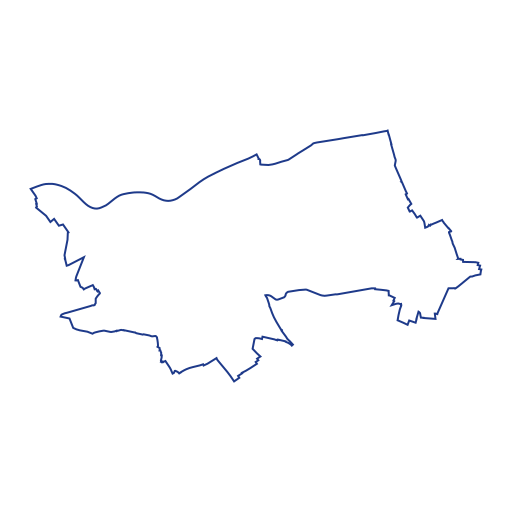 the district of 's-Hertogenbosch, Noord-Brabant, Netherlands
{"feature_id": "6326949B79471926410122", "entity_name": "'s-Hertogenbosch", "entity_type": "district", "adm_level": 2, "iso_a3": "NLD", "parent_name": "Netherlands", "parent_adm1": "Noord-Brabant", "projection": "orthographic", "projection_center": [5.356, 51.715], "detail": "fine", "context": "isolated", "style": "outline", "palette": "blue", "viewbox_px": 512, "rotation_deg": 0, "n_neighbors": 0, "source": "geoboundaries", "source_scale": "gbopen_adm2", "svg_char_len": 5884}
<svg xmlns="http://www.w3.org/2000/svg" viewBox="0 0 512 512"><path d="M30.7,188.9L35.5,195.7L36.7,198.3L35.3,199.1L36.8,203.8L36.2,204.0L36.9,206.5L36.4,207.0L36.1,207.6L46.1,215.8L50.4,222.0L54.1,218.9L58.9,225.7L63.0,224.5L68.3,232.1L68.4,232.3L67.9,232.4L67.8,233.2L67.5,239.8L64.5,255.2L65.2,259.0L64.9,259.1L65.4,260.4L66.7,265.7L68.6,265.1L83.9,257.2L76.4,276.2L76.0,277.5L75.5,280.4L76.3,280.5L77.9,280.1L80.5,286.8L82.1,287.5L82.5,287.8L82.8,288.0L83.8,289.4L84.9,288.6L92.8,285.1L93.8,286.8L94.6,289.2L95.4,288.8L95.9,288.9L97.3,291.2L97.5,291.4L98.2,290.5L99.9,293.1L99.8,293.5L98.9,294.4L97.3,296.3L95.8,298.5L95.7,298.8L95.7,303.1L94.7,304.6L94.8,304.6L94.8,304.8L93.8,305.4L92.9,305.3L91.7,305.5L90.9,305.9L67.2,312.7L64.7,313.3L62.2,314.3L61.7,314.6L61.2,315.1L60.6,316.6L69.5,318.5L73.2,327.9L76.5,329.4L78.3,329.9L79.6,330.3L87.4,331.7L92.5,333.7L94.0,332.8L95.2,332.4L99.2,331.4L103.2,330.7L104.5,330.7L110.2,331.9L111.2,332.0L114.7,331.4L116.6,330.7L116.8,331.1L117.6,330.7L118.2,330.7L120.5,330.0L121.4,329.9L124.0,330.4L124.0,330.2L134.7,332.5L135.0,332.4L136.3,333.2L142.8,334.6L143.4,334.3L144.1,334.4L148.1,335.2L149.5,335.5L151.0,336.1L151.8,336.3L152.8,336.3L155.2,336.0L155.8,336.1L156.7,337.0L157.0,337.5L157.1,338.5L157.4,339.8L157.8,342.7L158.0,345.3L157.9,346.1L157.5,346.8L159.6,348.0L159.7,350.1L159.6,350.4L160.3,350.4L160.9,352.1L161.2,352.7L161.1,355.3L161.8,355.4L161.6,357.6L161.0,360.1L160.9,360.3L161.1,360.9L161.0,361.5L161.7,361.3L161.8,361.9L162.0,361.8L162.3,362.0L162.4,362.3L163.1,362.2L163.5,361.6L164.3,361.5L165.4,361.0L169.1,366.5L170.1,368.1L171.0,369.9L171.5,371.2L172.6,373.6L173.8,373.0L174.8,370.9L175.2,370.8L176.9,371.5L177.9,372.1L178.5,372.6L179.2,373.4L180.5,372.6L180.4,372.5L181.3,371.9L184.3,370.2L186.4,369.2L189.5,368.0L192.8,367.1L199.8,365.4L203.1,364.3L203.6,365.5L207.5,363.7L216.5,358.1L216.8,358.9L217.5,360.1L227.3,371.9L230.5,376.1L234.1,381.4L239.3,377.8L238.1,375.9L242.2,373.3L241.9,372.8L246.0,370.7L250.3,368.1L256.9,363.8L255.7,362.0L258.3,360.3L257.1,358.7L260.4,356.5L257.0,353.4L252.6,348.8L254.5,339.1L254.6,338.9L255.2,338.5L255.5,338.2L256.8,338.1L259.0,338.3L260.0,338.5L262.0,339.0L262.5,336.7L274.5,339.4L275.5,339.8L277.2,340.3L277.4,339.7L277.7,339.7L278.4,339.9L278.4,339.7L285.4,341.3L285.7,341.4L285.7,341.8L288.1,342.8L289.6,343.7L291.0,344.7L291.8,345.6L292.9,344.6L289.9,341.3L289.2,340.7L287.3,338.8L286.0,336.7L281.6,330.8L282.0,330.2L281.8,329.9L281.1,329.7L278.8,325.9L276.3,321.7L273.9,317.2L272.1,313.0L270.3,308.0L269.4,306.3L269.2,304.6L268.6,302.6L267.1,298.2L266.8,297.6L265.9,296.3L265.4,295.3L266.4,295.1L267.5,295.1L268.4,295.2L269.7,295.5L270.4,295.8L271.3,296.3L275.3,299.2L276.1,299.6L277.1,299.7L278.2,299.5L284.1,297.3L284.7,296.7L285.3,295.9L285.5,295.5L285.7,294.3L286.1,293.4L287.1,292.4L288.1,291.8L298.9,290.1L305.3,289.6L305.9,289.6L306.7,289.7L320.5,295.1L322.1,295.5L324.6,295.8L326.6,295.6L335.7,294.3L336.1,294.4L337.6,294.3L371.8,288.3L373.2,288.3L375.1,288.4L375.1,289.2L381.2,289.8L386.4,290.4L388.6,290.9L388.8,295.3L389.2,295.3L394.7,297.9L393.4,300.7L394.2,301.2L391.7,305.2L396.1,303.8L397.4,303.6L398.3,303.5L400.6,304.1L401.0,304.0L401.0,304.3L401.2,304.5L400.9,306.3L401.0,306.3L400.0,308.9L399.7,310.0L398.5,315.2L397.6,320.3L397.9,320.4L403.2,322.7L407.6,324.8L409.2,320.5L415.6,322.7L416.6,319.0L416.4,318.9L418.5,311.7L419.1,312.1L419.9,312.9L420.1,313.4L420.5,315.7L420.9,317.6L423.6,317.8L423.6,318.0L435.5,318.9L434.8,313.6L435.5,313.6L437.3,314.1L437.4,313.7L437.7,312.8L448.5,288.3L455.6,288.2L455.6,288.3L455.8,288.2L458.4,286.3L470.1,276.7L470.8,276.5L472.2,276.5L475.3,275.4L480.4,274.4L480.5,273.6L480.9,271.0L481.3,269.5L479.1,269.1L480.1,265.6L477.7,265.1L478.3,262.8L475.5,262.2L463.1,261.9L463.0,259.9L460.6,259.5L460.5,258.8L458.0,258.9L458.4,258.5L458.1,258.3L456.6,253.9L454.7,247.8L452.9,244.0L452.6,243.2L452.3,241.4L451.9,240.6L450.0,235.1L449.0,232.6L449.0,232.4L449.0,232.1L449.3,231.9L451.1,231.4L451.2,231.2L448.6,228.1L448.4,228.2L443.6,222.5L443.5,222.1L442.6,221.0L442.1,220.0L435.9,222.7L433.6,223.6L430.8,224.9L430.7,224.7L430.6,224.8L430.6,225.0L430.4,225.2L430.4,225.5L430.3,224.9L430.0,225.0L430.0,225.7L429.8,225.7L429.7,225.4L428.7,225.8L428.6,225.5L428.1,226.3L427.7,226.7L425.2,227.7L424.5,223.4L424.2,222.0L423.8,221.0L420.3,215.7L417.1,217.6L416.9,217.6L414.8,214.1L412.1,210.4L409.8,211.6L409.7,211.6L407.8,207.6L409.8,205.2L411.3,203.9L408.5,199.0L407.9,199.3L405.7,194.3L406.6,193.7L406.8,193.4L406.9,193.6L407.0,193.5L405.8,191.1L402.2,182.7L401.9,182.4L402.0,182.4L400.8,179.4L395.7,167.7L395.0,166.0L394.8,165.3L394.9,164.9L395.7,160.8L395.6,159.7L395.5,159.3L394.6,157.0L394.0,154.5L391.1,144.3L391.4,144.2L388.8,134.6L388.6,134.6L387.6,130.6L387.0,130.9L383.8,131.4L375.8,133.0L363.4,135.2L362.6,135.3L362.3,135.1L344.0,138.1L338.4,139.1L316.9,142.5L314.6,143.0L313.3,143.4L311.0,145.4L298.1,153.4L297.5,153.8L297.1,154.1L288.5,159.7L287.8,160.0L281.5,161.7L275.3,163.7L272.4,164.4L268.4,165.0L261.1,164.6L260.3,164.4L260.2,162.6L260.1,161.8L260.2,160.7L260.1,160.2L259.9,159.7L259.4,159.1L258.5,159.0L258.5,158.2L256.6,154.4L252.7,156.5L248.3,158.6L237.2,163.0L223.8,168.9L215.7,172.8L208.2,176.6L203.8,179.2L199.4,182.2L190.5,189.0L179.3,197.0L177.1,198.5L174.9,199.5L172.7,200.2L170.4,200.7L168.2,200.9L166.0,200.7L163.8,200.3L161.5,199.5L159.3,198.5L154.9,195.9L152.6,194.7L150.4,193.8L148.2,193.2L146.0,192.8L143.7,192.5L139.3,192.3L134.8,192.4L132.6,192.6L128.2,193.2L123.7,194.1L121.5,194.7L119.3,195.6L117.1,196.9L114.8,198.5L108.2,203.8L105.9,205.4L103.7,206.4L101.5,207.4L99.3,208.2L97.0,208.6L94.8,208.5L92.6,208.0L90.4,207.1L88.1,205.8L85.9,204.1L83.7,202.1L79.2,197.6L77.0,195.5L74.8,193.7L70.3,190.5L65.9,187.9L61.4,186.0L59.2,185.3L57.0,184.7L54.8,184.2L52.5,183.9L48.1,183.9L45.9,184.0L43.6,184.4L41.4,185.0L37.0,186.5L30.7,188.9Z" fill="none" stroke="#1e3a8a" stroke-width="2"/></svg>